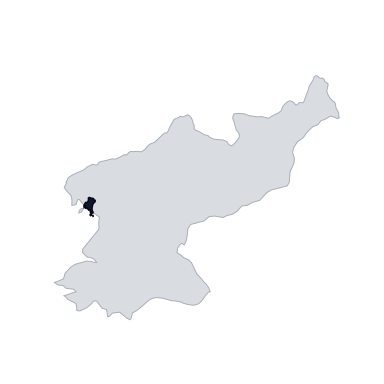 Kwaksan, P'yŏngan-bukto, North Korea (highlighted), rotated 14°
{"feature_id": "82179303B20796163774072", "entity_name": "Kwaksan", "entity_type": "district", "adm_level": 2, "iso_a3": "PRK", "parent_name": "North Korea", "parent_adm1": "P'yŏngan-bukto", "projection": "orthographic", "projection_center": [125.081, 39.675], "detail": "fine", "context": "in_parent", "style": "filled", "palette": "ink", "viewbox_px": 384, "rotation_deg": 14, "n_neighbors": 0, "source": "geoboundaries", "source_scale": "gbopen_adm2", "svg_char_len": 4492}
<svg xmlns="http://www.w3.org/2000/svg" viewBox="0 0 384 384"><g transform="rotate(14 192 192)"><path d="M233.7,284.3L232.2,285.2L229.9,289.8L227.7,295.5L225.6,298.7L223.0,300.5L220.3,301.6L214.7,302.2L209.7,301.9L208.0,301.4L201.1,301.9L199.1,302.4L189.2,302.2L184.0,302.8L180.7,304.0L177.4,306.3L174.6,309.9L172.1,313.6L167.0,320.5L163.4,323.8L163.4,328.6L163.4,330.0L162.1,331.1L161.6,330.6L159.5,330.3L150.9,326.1L144.0,328.8L142.2,332.3L140.4,333.4L137.5,326.7L132.9,326.6L125.6,320.7L122.5,321.9L121.8,324.3L117.8,329.8L112.3,334.3L110.5,334.9L108.4,334.6L108.7,333.4L106.4,328.3L97.7,326.3L94.5,324.1L92.9,323.7L101.5,318.0L103.7,317.0L102.0,315.7L100.2,315.0L93.2,315.9L89.5,314.0L84.1,314.6L80.4,313.1L88.1,307.6L88.5,304.3L88.4,301.8L92.3,294.5L96.2,290.4L106.3,284.6L110.7,283.8L113.8,284.0L116.5,283.4L113.7,281.2L111.0,280.2L105.8,280.5L100.4,277.1L99.9,273.6L110.3,251.4L110.5,249.4L108.8,244.0L108.3,238.8L100.8,235.7L97.6,235.4L88.1,229.4L84.3,226.4L82.8,227.3L82.5,232.1L81.1,233.1L78.6,234.0L77.4,228.6L75.4,224.7L69.1,220.6L66.9,218.4L68.0,213.7L67.5,213.2L68.5,207.9L72.4,203.8L81.8,196.6L84.2,193.1L89.0,189.1L91.2,189.2L93.4,188.8L94.0,187.1L94.6,185.7L96.5,184.4L101.0,182.2L106.2,179.3L110.3,178.4L115.4,174.0L117.4,172.1L119.5,172.0L120.1,171.1L121.2,168.9L122.8,167.4L125.1,167.1L128.7,165.9L133.3,165.2L136.4,161.5L137.4,158.9L139.4,155.9L143.8,152.7L146.7,148.0L150.0,142.9L151.5,141.2L153.1,140.9L154.0,138.9L154.9,133.5L156.4,128.2L157.2,125.7L161.0,123.0L161.9,121.6L162.8,121.2L164.6,121.5L166.9,119.9L169.1,118.1L171.1,118.6L173.3,120.1L175.5,122.9L176.5,125.2L178.2,127.1L178.6,129.9L180.4,131.1L184.0,131.6L190.0,133.4L193.9,133.4L196.1,134.8L200.8,135.4L209.9,134.0L213.7,134.6L215.3,136.3L217.7,137.6L219.2,137.6L221.2,135.2L223.2,131.2L224.5,128.1L224.4,125.8L223.0,123.3L219.9,121.0L217.8,117.4L215.8,113.6L214.7,112.4L213.7,110.6L213.4,107.8L214.0,105.9L218.5,104.4L224.3,103.5L229.0,104.1L236.9,103.3L241.7,102.0L245.3,102.0L248.6,101.9L250.0,100.2L254.4,96.1L256.5,94.6L258.8,91.8L259.1,89.0L259.5,86.8L260.7,84.3L263.0,81.2L264.9,79.8L267.2,79.9L269.7,81.1L271.3,82.4L273.0,81.9L274.3,79.5L275.2,79.0L277.9,78.7L278.7,77.2L279.4,70.3L280.1,64.9L280.1,61.1L282.2,54.7L282.7,50.9L284.1,49.1L285.8,49.1L287.2,50.1L289.0,50.7L291.3,49.9L293.0,50.8L294.2,52.8L297.7,54.0L298.1,55.0L298.4,61.7L300.5,64.8L303.2,67.5L306.9,69.9L308.8,70.4L310.0,72.2L311.3,75.4L314.0,78.3L315.5,80.6L315.9,82.9L317.1,84.2L315.2,85.8L312.5,85.0L308.1,84.8L302.8,89.8L299.8,91.6L297.9,96.3L293.7,99.2L291.4,102.3L288.6,107.5L286.8,112.4L282.3,117.6L279.9,124.0L280.0,129.4L283.4,134.7L283.9,139.3L282.3,149.0L284.0,159.1L282.9,163.1L268.5,170.8L264.8,174.5L259.7,183.8L253.2,187.4L249.2,191.3L243.6,193.7L240.2,200.2L236.3,204.0L231.6,206.4L228.1,209.3L220.0,209.8L214.4,211.9L210.5,217.3L198.5,223.8L196.9,228.4L197.9,235.5L198.2,240.9L197.2,245.3L194.5,244.2L193.1,245.7L191.6,249.8L192.2,254.5L196.4,255.9L199.9,257.7L204.8,258.6L208.5,260.6L216.5,270.3L222.9,274.4L224.6,276.0L228.2,278.0L231.7,281.3L233.7,284.3ZM89.6,238.2L87.2,239.8L87.1,237.0L88.9,234.7L90.8,234.4L89.6,238.2Z" fill="#d9dde1" stroke="#a8b0b8" stroke-width="1"/><path d="M100.1,223.5L99.8,223.4L99.2,223.4L98.8,223.1L98.4,222.8L98.1,222.6L97.9,222.2L97.2,222.2L96.4,222.3L95.5,222.3L94.7,222.2L93.6,222.1L92.9,223.0L93.2,223.8L93.4,224.7L93.4,225.5L93.4,226.4L92.9,227.3L92.4,227.6L91.7,227.6L91.1,228.3L90.9,229.1L90.8,229.7L90.6,230.1L90.6,230.4L90.4,231.1L90.6,231.7L90.4,232.2L90.4,232.3L90.5,232.1L90.9,232.3L91.0,232.9L91.2,232.7L91.3,232.5L91.1,232.3L91.3,231.9L91.2,231.5L91.3,231.0L91.6,231.1L91.9,231.9L92.3,232.1L92.3,233.0L92.2,233.3L92.6,233.5L92.8,233.2L93.3,233.2L93.5,233.2L93.9,232.8L94.2,233.5L95.3,233.7L95.5,233.9L95.9,234.0L96.0,234.1L95.9,234.3L96.0,234.5L96.2,234.4L96.4,234.4L97.0,234.3L97.4,234.0L97.7,234.2L97.9,235.0L98.5,236.7L99.1,236.7L99.3,236.7L99.6,236.4L99.9,236.5L100.3,236.2L100.7,236.3L100.9,236.3L101.0,236.2L100.8,235.8L100.7,235.6L100.8,235.3L100.0,234.6L99.4,233.6L99.1,232.5L98.9,231.7L98.8,230.6L98.8,229.3L98.7,228.8L98.8,228.0L99.2,226.6L99.9,225.7L100.3,224.9L100.2,224.1L100.1,223.5ZM99.3,239.4L99.5,238.8L99.6,238.7L99.9,238.7L99.9,238.4L99.1,238.5L99.0,238.8L98.8,238.9L98.7,239.0L99.1,239.3L99.3,239.4ZM102.0,239.5L102.0,239.3L101.8,239.1L101.7,238.8L101.3,239.0L101.9,239.6L102.0,239.5ZM99.9,237.6L99.4,237.7L99.1,237.7L99.0,237.9L99.3,238.0L99.5,238.2L99.9,238.1L99.8,237.9L99.9,237.6Z" fill="#0f172a" stroke="#020617" stroke-width="1.5"/></g></svg>